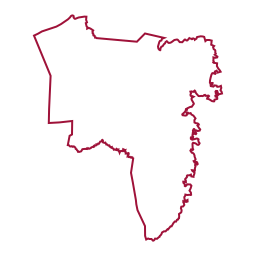 outline of Aowin, Western, Ghana
{"feature_id": "2480657B72501418673064", "entity_name": "Aowin", "entity_type": "district", "adm_level": 2, "iso_a3": "GHA", "parent_name": "Ghana", "parent_adm1": "Western", "projection": "albers", "projection_center": [-2.683, 5.694], "detail": "fine", "context": "isolated", "style": "outline", "palette": "rose", "viewbox_px": 256, "rotation_deg": 0, "n_neighbors": 0, "source": "geoboundaries", "source_scale": "gbopen_adm2", "svg_char_len": 5851}
<svg xmlns="http://www.w3.org/2000/svg" viewBox="0 0 256 256"><path d="M86.4,16.7L84.4,16.6L78.6,17.5L75.3,18.8L74.6,18.7L73.6,17.5L73.7,16.2L73.3,15.7L72.2,15.4L70.9,16.1L70.0,17.4L68.0,19.3L61.0,24.1L56.4,26.6L42.0,31.4L38.0,33.7L34.0,35.6L50.6,75.8L49.1,109.0L48.8,123.0L59.5,122.4L72.2,121.0L72.0,134.5L69.6,135.8L67.8,145.1L68.8,145.2L70.0,146.4L71.0,146.5L71.7,146.2L72.8,146.8L73.1,146.4L73.9,146.4L75.3,147.5L75.7,148.9L76.5,149.2L77.1,150.4L77.8,150.8L78.0,151.8L79.3,151.9L81.2,151.3L82.4,149.2L84.8,148.9L86.3,149.0L86.6,148.5L87.3,148.9L88.0,148.1L89.0,148.8L90.8,148.1L91.2,147.5L93.0,146.7L93.5,147.0L94.2,146.6L94.1,145.7L94.7,145.3L95.9,145.5L96.7,144.8L96.6,144.3L97.7,144.4L98.1,143.6L99.0,143.7L100.2,141.6L101.1,141.5L101.7,141.1L102.0,140.1L102.3,139.9L102.9,140.4L102.9,141.1L102.5,141.4L103.0,142.4L104.6,142.9L105.4,142.6L106.3,144.5L106.9,144.3L108.3,145.5L109.3,145.4L109.6,146.5L110.6,147.2L110.7,146.9L111.3,147.3L111.8,147.1L111.8,147.9L113.4,148.6L113.8,149.7L114.6,149.5L115.4,149.8L116.0,149.7L116.5,148.9L117.0,149.3L118.1,149.4L117.5,150.2L118.3,150.3L118.6,150.9L119.3,151.4L118.6,152.3L119.4,151.9L119.6,152.6L120.2,151.2L120.5,151.4L121.4,150.9L122.6,151.0L123.0,150.7L123.2,149.2L124.3,149.7L124.0,150.7L125.3,150.2L124.9,151.6L125.8,152.1L125.7,153.6L127.0,153.6L127.4,153.8L127.7,153.2L128.3,153.0L128.7,153.3L128.5,154.0L128.6,154.3L127.7,155.6L127.6,156.3L128.1,156.1L128.5,157.0L128.9,157.1L129.5,156.7L130.0,156.8L130.5,157.5L131.3,157.5L131.8,157.1L132.4,157.4L132.3,158.0L133.2,158.4L131.0,172.8L132.8,182.3L135.9,200.1L136.3,204.2L137.5,210.1L145.0,226.1L145.1,235.9L146.2,239.5L148.1,238.5L149.3,239.0L151.5,239.0L152.9,240.6L153.5,240.6L154.3,240.0L155.1,238.6L157.0,238.8L158.9,237.1L159.5,236.9L159.8,235.9L160.7,235.2L161.6,233.8L162.0,232.5L164.0,231.3L165.6,231.3L167.5,229.2L168.0,229.5L170.6,226.3L171.6,226.3L173.4,223.1L174.8,221.5L176.0,221.6L177.0,219.8L178.1,219.5L178.4,218.5L179.0,218.2L179.2,216.3L179.0,214.0L181.2,212.4L181.4,211.8L181.6,210.2L180.9,208.2L181.3,206.7L183.2,206.4L184.3,204.9L183.8,203.1L183.3,202.3L183.3,201.2L184.6,201.7L186.5,201.9L187.6,201.5L187.5,200.0L186.5,200.6L184.7,200.0L184.6,199.7L184.3,197.1L185.3,195.6L185.4,194.6L187.3,195.0L189.4,194.8L190.8,195.0L191.1,194.8L190.9,192.6L189.5,190.6L190.6,188.4L191.4,185.8L190.4,184.5L187.3,184.3L186.3,185.5L185.5,186.2L185.1,186.2L184.8,186.0L184.8,184.3L183.4,182.8L183.3,181.7L184.4,181.7L185.9,182.1L185.8,180.4L185.2,179.7L185.2,179.0L186.9,177.2L186.9,175.9L187.4,175.3L189.4,175.3L190.9,174.6L191.3,176.4L193.5,176.8L193.5,176.2L194.4,173.6L194.5,172.6L192.2,170.7L192.0,170.2L193.2,170.3L193.9,171.0L194.5,171.3L194.9,170.5L194.9,168.3L195.5,166.3L195.1,165.4L195.2,164.2L195.8,163.7L197.0,164.6L197.7,164.0L197.2,162.5L196.9,162.1L196.5,161.9L194.4,162.3L193.7,161.1L194.7,160.7L195.6,159.2L194.6,156.7L194.5,155.4L193.8,153.8L192.5,152.7L191.8,152.7L190.4,150.7L191.1,149.4L192.7,150.0L193.2,149.3L192.7,148.4L192.5,144.3L192.6,143.4L193.1,142.8L195.3,143.3L196.1,143.7L197.1,144.6L198.1,144.9L199.0,144.4L199.6,143.2L198.6,141.9L198.2,139.8L198.5,139.3L197.7,138.7L196.8,138.5L192.2,139.7L190.9,138.9L190.8,138.1L190.9,137.4L191.3,137.3L192.7,137.8L193.0,137.6L193.2,136.9L192.5,135.8L192.4,135.0L193.6,133.8L194.6,133.8L195.8,134.2L196.3,133.6L195.6,132.0L194.0,132.5L193.1,133.4L192.7,133.1L193.1,131.9L192.9,130.6L193.6,129.2L193.9,129.0L194.3,129.1L194.9,130.3L196.4,130.4L197.7,131.0L199.7,130.6L200.2,129.4L199.1,128.1L197.4,125.5L197.9,124.9L198.8,124.6L198.4,123.8L197.2,123.3L195.9,123.2L194.5,122.5L194.4,120.1L195.5,118.4L193.4,115.6L191.4,114.5L190.6,113.1L188.7,113.5L188.0,112.7L187.0,112.4L186.6,113.0L187.0,114.5L186.6,115.3L185.3,115.6L182.6,115.2L182.3,114.3L184.8,112.0L185.7,110.6L185.9,109.4L186.9,109.8L187.0,109.5L186.4,109.0L187.1,108.4L190.3,106.9L191.7,106.8L193.8,103.9L193.8,103.5L191.7,99.8L191.5,98.9L191.9,97.8L193.6,96.7L192.2,96.1L191.3,96.2L190.6,95.6L190.5,94.4L191.0,93.5L190.4,91.6L191.6,91.4L192.7,91.8L193.7,91.8L193.9,91.2L194.7,90.6L195.4,91.4L195.5,92.3L196.2,93.4L198.5,96.0L199.9,96.1L201.3,95.9L202.3,96.1L203.7,95.7L204.1,95.1L205.0,94.9L205.6,95.8L208.5,95.6L209.0,96.1L208.3,97.0L207.6,97.2L207.1,98.7L209.2,99.3L212.0,101.1L213.7,101.4L214.2,101.3L214.5,99.7L217.2,98.9L217.3,98.0L216.9,97.1L215.5,96.6L215.4,95.9L217.2,96.0L217.9,95.2L217.2,94.3L216.6,94.3L215.9,93.8L215.5,91.5L216.0,90.9L217.2,91.0L218.2,93.9L219.3,94.2L222.0,93.5L221.6,91.8L220.5,90.2L221.3,87.9L220.9,85.9L219.6,86.5L217.7,86.8L217.1,86.7L216.7,85.7L214.6,85.4L213.4,86.6L210.8,86.1L210.6,85.0L212.5,84.3L212.6,83.0L212.0,82.9L210.3,83.3L209.9,82.8L210.0,80.5L210.6,77.7L211.5,74.5L212.3,73.2L212.9,73.1L215.2,73.9L215.6,73.5L214.7,72.3L214.9,71.5L216.6,70.7L217.7,72.6L220.6,71.7L219.9,70.5L218.2,68.4L216.9,66.1L217.1,63.3L213.7,62.8L213.2,62.3L213.8,61.5L213.3,60.5L213.5,59.1L213.4,57.4L215.3,57.8L217.2,57.4L217.4,56.6L214.7,54.7L215.8,53.6L215.2,52.3L215.4,51.0L215.1,50.1L213.7,49.1L213.1,47.2L214.1,46.0L211.2,44.7L211.7,40.6L209.3,40.0L206.7,40.0L205.4,41.1L204.2,36.9L202.9,36.5L200.7,36.3L197.3,37.0L196.9,37.2L196.5,38.6L194.9,39.7L194.8,39.1L193.3,38.4L192.7,38.5L192.3,39.1L191.9,39.2L191.0,38.6L189.9,38.5L189.3,38.1L187.5,40.3L187.0,40.5L186.3,40.4L185.4,39.6L184.6,39.6L182.3,42.2L179.7,42.1L177.8,39.8L177.0,39.5L174.4,40.0L171.3,42.3L169.8,42.9L168.5,42.9L166.8,41.2L165.6,42.0L164.9,43.5L164.0,44.1L162.6,46.2L161.4,46.7L161.1,47.1L160.3,48.9L160.4,49.9L160.1,50.2L159.3,49.8L158.4,48.6L158.0,46.5L159.3,42.0L159.9,41.0L161.4,40.5L162.0,38.8L164.1,37.9L145.0,33.5L136.9,41.7L96.5,38.1L95.8,37.5L95.1,37.6L95.0,36.9L94.5,36.2L94.6,35.8L94.1,35.4L93.4,35.3L93.2,33.5L92.8,33.4L92.5,33.0L92.7,31.9L92.5,31.5L93.2,30.4L90.5,28.6L88.8,27.9L87.2,28.6L87.3,27.1L86.6,26.4L85.8,23.1L87.0,22.4L86.1,19.8L86.4,16.7Z" fill="none" stroke="#9f1239" stroke-width="2"/></svg>